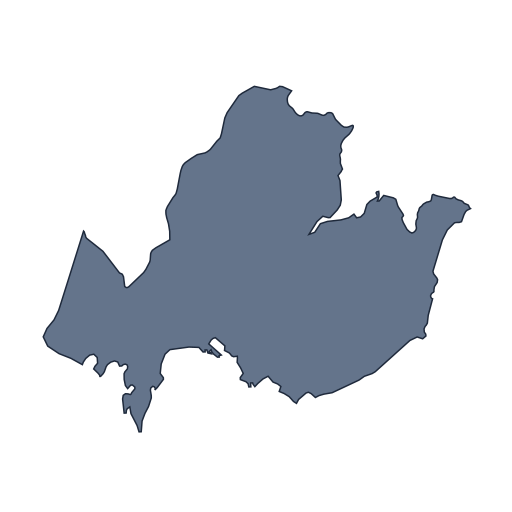 SVG path tracing the border of Guanacaste, rotated 267°
{"feature_id": "CRI-1334", "entity_name": "Guanacaste", "entity_type": "Province", "adm_level": 1, "iso_a3": "CRI", "parent_name": "Costa Rica", "parent_adm1": "", "projection": "albers", "projection_center": [-85.354, 10.467], "detail": "fine", "context": "isolated", "style": "filled", "palette": "slate", "viewbox_px": 512, "rotation_deg": 267, "n_neighbors": 0, "source": "natural_earth", "source_scale": "10m", "svg_char_len": 5415}
<svg xmlns="http://www.w3.org/2000/svg" viewBox="0 0 512 512"><g transform="rotate(267 256 256)"><path d="M186.4,39.3L194.6,43.5L202.7,50.9L212.0,56.1L240.9,66.9L279.6,81.3L289.9,85.1L289.2,85.7L287.1,86.2L285.3,86.8L284.2,86.9L283.4,87.2L282.4,87.9L268.7,103.4L246.2,118.8L245.6,120.1L244.8,121.5L242.2,122.6L232.4,123.3L231.4,124.6L231.2,125.3L231.3,126.0L231.9,127.3L232.3,127.8L245.3,142.9L248.5,145.4L255.5,149.5L257.3,150.1L263.7,150.9L264.5,151.2L265.2,151.5L265.8,151.9L267.1,152.8L269.6,156.7L276.7,170.8L285.2,171.1L292.7,170.3L299.0,168.8L302.5,168.3L304.4,168.3L306.2,168.4L307.9,169.1L310.1,170.2L318.6,176.1L320.8,178.1L322.5,179.4L327.0,180.9L342.2,184.6L345.4,185.5L349.3,187.1L351.1,188.3L352.9,190.2L357.0,196.7L360.3,202.6L361.6,210.5L362.5,212.5L364.1,215.0L365.0,216.1L372.7,222.9L375.8,226.4L379.8,227.9L395.5,232.1L400.7,234.7L417.1,247.3L419.3,250.7L425.5,263.2L421.2,279.3L422.3,284.7L423.1,286.7L423.5,287.3L424.2,288.5L423.7,291.4L419.1,300.2L414.6,296.6L413.4,296.0L411.7,295.5L410.3,295.4L408.1,295.5L406.9,295.8L405.9,296.1L404.2,297.2L401.8,299.9L400.7,300.8L398.1,302.2L396.4,303.4L395.1,304.7L394.3,305.8L393.8,306.8L393.6,307.7L393.6,308.6L393.8,309.3L394.1,310.0L394.5,310.5L396.7,312.5L397.0,313.1L397.3,313.8L397.4,314.6L397.2,315.4L395.9,319.3L395.3,324.9L395.0,325.7L393.2,329.4L393.0,330.4L392.9,331.2L393.2,331.9L393.5,332.6L393.8,333.2L394.8,334.2L395.2,335.1L395.4,336.2L395.2,338.3L394.7,339.3L394.1,340.0L388.6,342.4L387.4,343.3L382.2,347.9L380.9,349.5L380.1,350.8L379.9,352.6L379.8,353.5L380.1,355.2L381.2,358.3L381.4,359.4L380.9,359.9L380.2,359.9L379.5,359.8L378.7,359.5L376.1,358.1L373.8,356.3L372.7,355.3L369.2,350.9L367.1,349.0L366.5,348.6L363.9,347.1L362.4,346.6L361.6,346.4L360.7,346.4L359.5,346.5L358.1,347.0L357.6,347.1L356.9,347.1L356.1,346.9L355.5,346.7L354.9,346.2L353.8,345.3L353.2,345.0L352.4,344.9L351.6,344.9L350.0,345.2L348.2,345.4L347.3,345.3L346.4,345.2L344.0,345.1L338.3,346.9L338.2,346.9L337.0,346.0L335.9,345.5L332.1,342.1L326.9,343.8L307.5,344.1L302.3,342.8L297.7,339.5L290.5,332.0L290.5,330.2L292.2,324.8L287.2,318.7L274.8,310.0L276.6,315.9L284.9,322.0L286.8,329.2L287.6,342.7L289.3,350.6L292.7,356.0L288.9,358.5L289.5,362.5L292.9,366.3L301.6,369.4L304.8,372.8L308.6,380.1L310.4,380.1L312.7,379.2L313.7,379.9L314.1,381.9L311.6,382.1L309.0,381.8L306.6,381.1L304.5,380.1L304.5,381.9L309.8,386.7L306.9,396.2L305.3,398.6L299.0,400.1L297.5,400.7L290.1,405.0L288.8,405.4L288.2,405.1L287.6,404.6L287.2,404.1L286.7,403.7L284.7,403.8L281.7,404.8L274.6,408.2L272.0,410.7L270.8,412.9L271.3,414.6L272.3,415.9L273.4,416.9L274.6,417.5L275.8,417.7L278.5,417.4L279.4,417.3L280.3,417.4L282.8,417.8L283.5,418.2L284.8,418.9L285.5,419.2L286.3,419.4L289.0,419.3L290.7,419.7L292.6,420.8L294.8,421.5L295.5,421.9L296.0,422.4L297.2,424.1L298.8,425.5L299.6,426.7L299.9,427.4L300.3,428.1L300.9,429.4L301.1,431.2L301.6,432.8L301.9,433.4L302.5,433.8L303.3,434.1L307.5,435.1L308.0,435.6L308.2,436.4L307.3,438.1L306.2,441.1L303.3,452.3L303.2,454.1L303.6,455.3L304.4,456.3L304.5,456.9L304.3,457.5L302.6,458.8L302.1,459.7L301.4,461.0L300.6,463.5L300.0,464.7L299.3,465.5L298.6,466.0L297.7,466.7L295.9,470.5L295.2,471.0L294.6,471.1L292.9,471.9L292.1,472.7L290.6,469.1L289.4,467.7L286.7,466.0L279.5,463.0L278.9,460.7L279.0,458.1L278.8,456.0L272.0,448.4L262.4,443.0L231.5,431.9L228.7,432.5L224.6,435.4L222.8,436.1L220.0,435.5L216.1,432.6L212.9,431.9L211.1,431.8L210.5,431.3L210.1,430.4L209.0,429.1L207.0,428.2L205.3,428.6L204.2,429.5L204.0,430.1L187.8,424.9L180.0,423.6L178.2,422.5L176.7,421.1L174.4,420.0L171.2,420.1L169.1,421.4L167.2,421.5L164.6,418.1L166.7,412.7L163.6,405.3L134.2,369.0L132.5,365.8L130.2,357.9L126.7,352.4L115.5,324.9L114.5,316.6L113.3,311.6L111.6,307.9L115.6,304.0L117.2,301.2L116.6,298.9L110.5,291.0L106.7,288.7L108.8,285.8L113.8,281.8L117.2,276.9L119.5,272.1L124.4,274.0L127.1,270.9L129.2,266.4L135.3,261.8L132.9,256.6L128.6,251.1L125.6,248.0L127.4,246.8L128.2,246.3L129.5,246.0L129.5,244.0L125.6,244.0L125.6,242.0L128.9,241.4L131.0,239.4L133.4,233.9L135.4,233.9L139.4,237.1L145.0,234.8L150.8,231.6L155.2,232.1L156.9,232.1L156.6,228.3L157.6,226.4L159.2,225.4L160.7,224.1L163.3,219.6L164.4,219.8L167.9,220.2L176.6,211.1L175.9,208.7L174.4,206.8L170.7,204.2L158.9,216.2L158.6,215.2L158.7,214.3L158.4,213.9L157.0,214.0L157.0,212.2L160.3,208.5L162.3,207.0L164.8,206.2L162.9,204.2L162.6,204.5L162.2,205.0L161.6,205.7L160.7,206.2L161.4,203.8L161.6,202.9L164.8,202.0L164.8,200.2L162.9,200.2L162.9,198.1L167.7,194.2L168.6,184.3L167.0,165.1L162.7,160.0L153.2,155.7L143.7,154.2L139.4,157.1L137.7,157.1L129.8,150.5L127.5,148.0L128.9,148.5L130.6,147.7L131.3,146.1L129.7,144.0L127.6,143.5L122.0,144.1L119.7,144.0L111.3,140.8L104.7,136.9L97.2,133.6L86.5,132.2L86.5,130.0L92.9,128.4L105.1,122.9L111.9,122.1L110.8,120.3L110.0,119.2L108.6,118.5L106.0,118.1L106.0,116.1L120.2,115.3L123.8,116.1L125.3,118.4L125.0,121.0L124.2,123.2L124.8,124.1L126.0,124.7L129.7,128.1L131.5,128.1L133.6,125.9L133.6,124.1L130.3,120.9L133.5,118.8L139.6,117.9L145.3,118.1L147.3,119.1L149.9,121.6L152.2,122.1L154.1,121.5L154.9,119.8L154.5,117.8L153.2,116.2L153.2,114.0L157.4,112.4L158.6,109.2L157.6,105.4L155.3,102.0L153.2,100.5L148.4,98.5L146.4,97.1L143.9,94.5L143.9,93.8L145.4,93.5L147.3,92.1L151.7,88.0L154.3,89.4L157.2,92.2L163.0,92.1L166.4,88.9L165.7,84.7L162.6,80.6L159.1,78.0L156.6,76.9L163.6,65.6L168.8,54.2L176.9,43.3L186.4,39.3Z" fill="#64748b" stroke="#1e293b" stroke-width="1.5"/></g></svg>